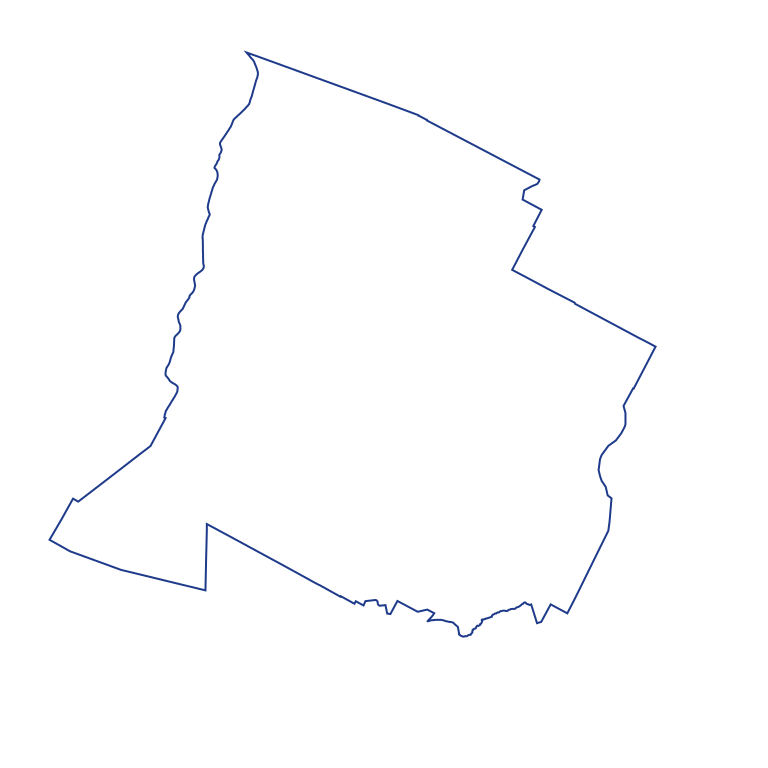 Maroondah, Victoria, Australia (Albers equal-area conic projection), rotated 110°
{"feature_id": "25037944B31367314847764", "entity_name": "Maroondah", "entity_type": "district", "adm_level": 2, "iso_a3": "AUS", "parent_name": "Australia", "parent_adm1": "Victoria", "projection": "albers", "projection_center": [145.272, -37.803], "detail": "fine", "context": "isolated", "style": "outline", "palette": "blue", "viewbox_px": 768, "rotation_deg": 110, "n_neighbors": 0, "source": "geoboundaries", "source_scale": "gbopen_adm2", "svg_char_len": 6118}
<svg xmlns="http://www.w3.org/2000/svg" viewBox="0 0 768 768"><g transform="rotate(110 384 384)"><path d="M644.8,645.0L648.6,621.8L648.6,567.4L639.0,481.2L608.1,491.7L582.2,500.4L576.2,502.6L580.8,471.0L587.2,428.1L589.3,413.9L594.1,383.1L595.0,376.8L595.0,376.0L598.8,352.0L598.2,351.9L600.6,336.6L597.8,336.2L599.1,327.5L594.4,327.2L590.0,318.4L589.9,318.0L589.8,317.5L589.9,317.1L590.0,316.7L590.3,316.1L590.8,315.6L592.8,314.5L593.1,314.2L593.4,313.8L593.6,313.4L593.8,312.8L593.8,312.3L593.6,311.7L591.3,307.0L598.6,302.5L598.0,299.3L583.3,297.2L586.5,274.4L581.2,266.2L582.2,258.4L584.7,259.0L586.7,259.7L591.9,261.9L592.0,261.7L591.1,260.4L591.0,260.2L590.4,259.8L589.7,258.3L589.4,257.9L589.3,257.5L589.3,257.3L588.8,256.6L588.7,256.4L588.7,256.1L588.1,255.2L588.0,254.8L587.8,254.5L587.7,253.9L587.3,253.2L587.2,252.8L586.7,251.3L586.2,250.1L586.2,249.7L586.0,249.1L585.9,248.4L585.8,247.8L585.8,246.9L585.6,245.5L585.7,245.0L585.7,244.2L585.4,243.2L585.2,241.0L584.8,240.1L584.6,237.9L584.6,237.2L585.4,235.7L587.0,231.5L592.3,228.4L593.3,228.1L593.5,228.0L593.7,227.7L593.8,227.3L593.7,227.0L594.0,226.7L594.2,226.1L594.4,225.1L594.3,224.5L594.2,224.0L594.2,223.8L594.3,223.5L594.3,223.0L594.0,222.4L593.5,221.9L593.1,221.3L593.0,220.9L593.0,220.5L592.7,220.1L592.4,219.7L591.3,218.9L590.5,217.9L590.3,217.6L590.2,217.1L590.0,216.8L589.5,216.9L589.2,216.8L588.6,216.6L588.3,216.3L587.4,216.0L586.8,216.3L586.6,216.2L586.2,216.3L585.6,216.4L585.1,216.6L584.6,216.6L584.4,216.1L584.2,215.9L583.6,215.8L583.2,215.6L582.7,214.7L582.2,214.3L581.4,214.1L580.9,214.2L580.2,214.1L579.5,213.9L579.2,213.7L579.2,213.1L579.1,212.8L578.8,212.3L578.5,212.1L578.2,211.7L577.9,211.5L577.5,211.4L576.8,211.6L576.6,211.4L576.4,211.1L576.0,210.8L575.4,210.8L574.8,210.6L574.3,210.6L573.3,210.6L572.8,210.9L572.4,211.5L572.1,211.5L571.7,211.1L571.5,210.8L571.5,210.6L571.5,210.2L571.3,209.9L571.0,209.7L570.7,209.4L570.3,208.5L569.7,208.3L569.3,207.6L569.0,207.0L568.5,206.4L567.8,205.5L567.0,204.5L566.5,203.9L565.9,203.1L565.6,203.1L565.2,203.2L564.7,203.3L564.2,203.1L563.5,202.7L562.3,201.5L561.6,201.1L561.3,200.1L560.2,199.5L559.8,199.1L559.7,199.0L559.6,198.4L559.4,198.0L559.1,197.7L557.8,197.0L557.5,196.7L557.1,195.8L556.1,194.3L555.8,193.2L555.4,191.1L555.1,190.5L554.7,190.2L554.0,189.9L553.7,189.7L552.8,188.4L552.1,187.8L552.0,187.6L551.4,186.4L550.7,184.5L550.5,184.1L549.9,183.7L548.9,183.2L548.4,182.8L547.8,181.8L547.2,181.2L545.2,179.7L544.0,179.2L543.5,178.8L543.0,178.2L542.7,178.0L542.0,177.9L541.7,177.7L541.3,177.4L541.0,176.8L541.0,176.4L541.0,176.1L541.3,175.8L541.7,175.0L541.8,174.4L541.7,172.9L541.9,171.7L540.8,170.3L556.4,158.4L553.8,154.9L534.1,152.0L536.8,133.3L523.4,131.6L513.1,130.4L477.9,126.6L455.1,124.1L445.2,123.0L436.1,125.0L413.6,131.1L412.2,135.7L404.8,140.5L400.5,146.4L396.8,149.4L391.5,152.9L380.7,155.3L376.3,155.2L365.3,152.0L357.7,146.8L349.2,144.2L342.0,143.2L339.3,143.3L328.6,147.2L323.7,150.7L322.6,151.4L302.9,148.4L302.9,147.8L273.5,143.9L256.0,141.6L253.6,159.4L253.5,160.5L243.3,231.9L242.4,232.6L238.4,263.7L235.8,281.6L232.9,302.6L210.3,299.6L184.8,295.9L184.5,297.7L166.4,295.4L163.3,316.8L154.0,318.5L147.6,312.7L143.6,308.4L140.5,307.6L138.7,307.8L138.0,313.1L121.7,433.8L121.2,433.9L120.3,440.6L120.2,441.0L120.1,443.4L119.6,443.6L119.4,475.2L119.4,599.3L119.4,611.7L119.5,626.6L120.0,625.8L120.6,624.6L121.0,623.9L121.6,622.8L122.7,621.1L123.3,620.1L123.3,619.9L124.1,618.4L124.6,617.5L125.6,616.3L128.0,614.2L129.9,612.4L133.8,609.4L134.8,608.9L135.9,608.5L136.5,608.3L138.4,608.1L139.5,607.9L141.6,608.0L143.8,607.9L148.4,607.5L154.6,607.1L158.4,606.7L162.8,606.8L165.3,606.5L166.9,606.5L168.7,607.0L172.0,608.5L172.3,608.5L174.8,609.6L175.4,610.0L175.9,610.2L178.5,611.4L182.4,613.5L183.0,613.7L185.2,614.9L186.7,615.6L188.1,615.8L193.2,615.9L194.5,616.0L198.6,616.9L206.0,618.7L212.3,620.4L213.4,620.5L214.1,620.4L215.0,620.0L217.8,617.7L219.0,616.8L219.5,616.6L222.2,616.5L222.8,616.6L224.3,617.0L225.0,617.1L226.4,616.5L227.7,616.1L229.1,616.0L230.2,616.1L231.2,616.5L232.3,616.6L233.8,616.6L237.2,617.3L238.4,617.4L239.0,617.1L239.2,616.8L239.6,615.7L239.9,615.2L240.5,614.4L242.2,612.9L243.4,612.3L245.1,611.5L247.0,611.1L249.1,610.8L254.3,611.7L255.1,611.7L257.9,612.0L263.0,611.7L264.7,611.6L266.1,611.5L268.8,611.4L275.3,610.7L278.2,610.1L280.6,608.6L281.9,607.6L283.1,606.7L283.9,605.9L284.5,605.7L285.2,605.7L286.6,605.9L287.5,606.0L289.6,606.0L290.6,606.2L292.5,606.3L293.2,606.2L294.9,606.4L296.7,606.3L306.2,605.3L308.9,604.4L309.2,604.3L309.3,604.1L311.3,603.3L312.5,602.8L314.0,602.3L316.7,601.2L320.6,599.8L325.2,597.9L325.7,597.8L325.8,597.8L328.4,596.7L329.5,596.3L331.2,595.6L332.2,595.3L334.6,593.7L336.2,593.3L336.7,593.3L337.3,593.3L338.7,593.7L340.0,594.3L341.7,595.4L344.1,597.1L345.4,597.8L346.4,598.3L347.8,598.7L348.5,598.8L349.2,598.7L350.1,598.5L351.8,597.7L354.6,596.0L356.3,595.1L359.8,594.7L361.4,594.7L362.6,594.9L363.6,595.2L364.2,595.4L366.1,596.4L367.6,596.7L368.1,596.9L369.5,596.4L375.3,598.2L381.9,598.8L383.1,599.2L385.8,600.4L387.0,600.8L388.1,601.1L389.2,601.2L390.2,601.1L391.3,600.8L391.9,600.5L392.7,599.9L393.2,599.6L394.1,599.0L395.1,598.5L396.1,597.8L398.3,595.7L398.9,595.3L400.6,594.7L401.3,594.3L403.0,593.9L403.6,593.8L404.0,593.9L405.9,594.3L408.1,595.3L410.2,596.4L412.0,596.8L412.8,596.7L414.1,596.3L419.8,594.5L423.8,593.5L425.6,593.0L426.3,592.9L428.0,593.1L429.5,593.1L431.2,593.3L433.2,593.2L434.8,593.0L436.0,592.9L438.7,592.9L439.7,593.1L442.9,593.8L443.6,593.9L447.9,593.2L449.4,592.7L450.2,592.3L450.7,592.0L450.8,591.8L451.2,591.0L452.0,589.6L453.2,587.7L454.3,586.4L454.6,585.7L455.1,584.2L455.9,579.6L456.3,578.7L456.9,577.4L457.4,576.9L457.9,576.6L461.5,575.7L462.3,575.7L463.7,575.8L467.6,576.4L469.7,576.9L470.3,576.9L472.9,577.6L473.4,577.6L476.3,578.2L477.3,578.3L477.7,578.5L480.0,579.0L481.5,579.3L482.6,579.4L483.7,579.8L484.4,579.8L485.7,579.5L487.0,579.6L487.3,579.5L488.4,579.4L489.4,579.1L490.1,579.1L490.7,579.0L490.7,577.6L522.1,582.2L533.4,589.4L533.5,589.5L561.7,607.3L599.1,631.1L598.1,637.0L622.3,640.9L644.8,645.0Z" fill="none" stroke="#1e3a8a" stroke-width="2"/></g></svg>